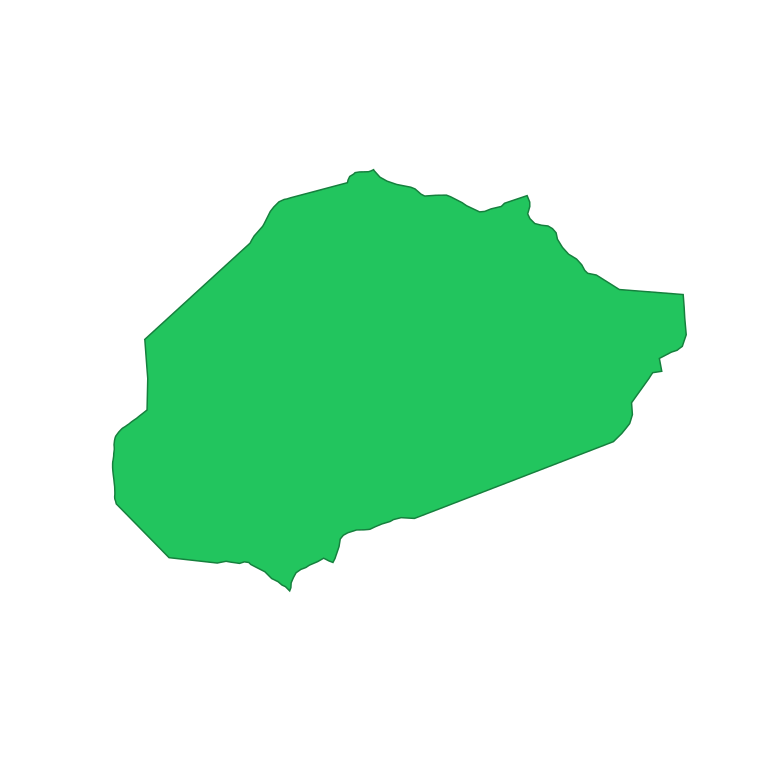 Tou Cochon, Micoud, Saint Lucia (Mercator projection), rotated 135°
{"feature_id": "8701671B22263392934776", "entity_name": "Tou Cochon", "entity_type": "district", "adm_level": 2, "iso_a3": "LCA", "parent_name": "Saint Lucia", "parent_adm1": "Micoud", "projection": "mercator", "projection_center": [-60.946, 13.822], "detail": "fine", "context": "isolated", "style": "filled", "palette": "green", "viewbox_px": 768, "rotation_deg": 135, "n_neighbors": 0, "source": "geoboundaries", "source_scale": "gbopen_adm2", "svg_char_len": 2511}
<svg xmlns="http://www.w3.org/2000/svg" viewBox="0 0 768 768"><g transform="rotate(135 384 384)"><path d="M239.8,542.9L242.8,544.0L244.9,545.1L248.4,548.4L251.4,551.3L255.0,553.9L257.0,553.9L261.5,555.0L265.1,553.7L267.5,552.2L318.5,581.8L321.8,583.5L324.1,585.1L329.5,587.1L331.0,587.1L336.8,587.1L342.4,586.4L346.9,584.9L355.7,582.0L358.3,581.3L367.7,580.7L371.1,580.5L375.9,579.3L379.0,578.3L521.7,584.7L522.0,584.2L538.9,564.6L547.2,554.9L569.9,533.2L572.0,533.4L575.4,533.8L579.3,534.3L583.4,534.7L585.4,535.1L586.4,535.3L589.4,535.8L592.6,536.1L594.6,536.5L597.1,536.9L599.9,537.6L600.9,537.7L602.4,537.7L605.5,537.6L609.4,537.0L610.6,536.8L611.1,536.6L612.3,536.0L614.5,534.6L617.9,531.9L619.3,530.2L620.9,528.5L624.5,525.7L626.1,524.2L629.3,521.8L630.8,520.8L632.4,519.4L633.0,518.8L635.0,516.8L636.9,514.6L638.7,512.4L639.9,510.9L642.6,507.4L644.8,504.7L647.1,501.8L648.5,500.3L651.0,497.6L652.3,496.3L654.1,494.8L654.4,494.5L655.6,493.1L656.6,491.0L658.1,488.5L658.2,474.5L658.8,413.2L628.5,375.3L625.3,373.2L621.0,370.3L619.5,368.1L617.8,365.7L615.3,362.4L613.0,359.3L610.1,357.8L608.5,357.0L608.0,356.3L605.8,353.4L605.8,350.6L604.3,345.8L601.0,335.5L601.0,325.9L598.7,319.1L598.3,314.0L597.0,310.4L597.0,304.4L593.9,305.8L590.3,309.0L585.9,310.8L584.5,311.3L580.7,312.4L579.6,312.7L579.1,312.6L573.9,311.7L571.7,310.7L569.0,309.5L565.1,308.7L564.2,308.4L556.5,305.3L549.9,303.5L549.1,301.2L548.1,298.0L546.3,293.9L541.9,295.3L539.4,296.6L538.3,297.1L536.7,297.9L530.8,300.8L524.6,305.3L522.0,305.6L519.7,305.8L514.8,304.4L506.8,300.3L506.1,299.7L501.0,294.8L497.8,292.1L496.6,291.2L491.2,289.3L484.6,286.6L477.0,282.5L474.2,281.7L473.5,281.6L472.6,281.1L466.4,277.4L457.5,267.4L262.5,181.0L260.4,181.0L250.9,180.9L244.1,181.6L238.3,182.3L235.2,183.9L230.0,186.7L222.2,195.7L213.9,197.1L192.6,200.6L190.1,201.2L186.0,202.0L178.6,196.6L171.2,207.4L158.8,203.5L158.2,203.3L152.9,200.6L150.3,200.3L146.4,199.7L141.0,202.4L135.5,205.1L124.6,218.1L117.7,225.8L111.5,233.0L109.2,235.7L150.8,284.4L156.8,310.9L161.7,318.3L161.7,322.4L159.9,328.4L159.5,336.2L161.7,345.3L161.2,354.5L159.0,363.7L155.4,369.2L155.0,374.7L156.3,379.8L160.3,384.8L163.9,390.8L163.9,397.7L162.1,402.7L155.4,406.4L152.3,409.6L149.6,416.0L171.0,426.6L175.5,426.6L184.4,432.1L190.7,434.8L194.7,438.1L199.6,451.8L200.5,456.9L204.5,469.3L206.3,473.4L213.8,480.7L222.3,488.1L223.6,492.2L224.1,500.0L225.9,504.2L233.9,516.1L238.4,525.3L240.6,533.1L240.1,542.3L239.8,542.9Z" fill="#22c55e" stroke="#15803d" stroke-width="1.5"/></g></svg>